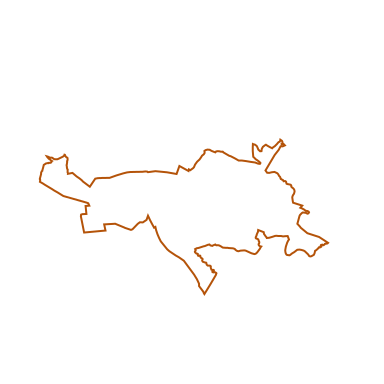 Ixtapangajoya, Chiapas, Mexico, rotated 121°
{"feature_id": "50627088B67018988182398", "entity_name": "Ixtapangajoya", "entity_type": "district", "adm_level": 2, "iso_a3": "MEX", "parent_name": "Mexico", "parent_adm1": "Chiapas", "projection": "natural_earth1", "projection_center": [-92.977, 17.461], "detail": "fine", "context": "isolated", "style": "outline", "palette": "amber", "viewbox_px": 384, "rotation_deg": 121, "n_neighbors": 0, "source": "geoboundaries", "source_scale": "gbopen_adm2", "svg_char_len": 6060}
<svg xmlns="http://www.w3.org/2000/svg" viewBox="0 0 384 384"><g transform="rotate(121 192 192)"><path d="M119.5,164.5L122.3,163.0L125.6,161.0L129.2,158.4L130.3,157.6L130.6,156.1L131.1,154.3L131.2,152.1L131.5,149.5L131.9,148.3L132.7,148.2L133.2,148.8L133.7,150.2L134.2,153.1L136.0,157.3L137.6,161.4L139.4,165.6L141.0,168.2L141.1,172.7L141.4,177.3L141.8,178.7L141.9,185.7L141.7,185.9L141.6,186.4L141.8,186.8L142.5,187.8L143.1,189.7L143.9,191.2L144.8,192.2L146.0,192.4L146.3,193.9L146.7,196.4L146.7,198.6L147.7,200.6L149.1,201.9L150.4,202.5L152.0,201.3L153.6,201.3L155.7,202.1L157.8,202.1L160.3,202.3L163.4,203.2L166.9,203.5L169.7,203.1L170.9,203.3L174.2,204.7L174.2,206.3L175.8,205.8L176.2,216.2L184.5,214.5L188.0,223.6L193.0,234.1L197.7,240.0L197.6,241.0L198.5,242.7L200.2,244.9L200.4,245.2L203.0,249.4L206.6,255.1L208.6,257.7L211.4,260.5L216.7,265.3L222.3,269.9L226.4,276.5L227.0,277.3L228.5,279.7L230.4,281.8L240.1,282.3L239.2,290.9L238.7,292.5L238.3,295.4L238.1,298.9L237.2,304.3L240.3,307.7L239.7,308.0L239.3,308.7L238.7,309.0L238.2,309.4L236.8,310.1L236.4,311.0L235.1,312.1L234.5,312.5L233.5,313.4L232.8,313.5L231.5,314.1L230.9,314.3L230.3,314.6L229.9,315.0L229.3,315.0L228.5,315.2L227.4,315.9L226.8,316.5L226.9,317.5L226.8,318.0L226.3,319.2L225.6,320.1L225.7,320.5L226.5,320.3L227.1,320.4L228.4,321.0L232.4,323.6L233.4,324.4L234.8,326.9L234.8,328.3L234.6,329.1L234.7,329.6L235.1,330.5L235.7,331.3L235.9,333.7L236.2,334.8L236.6,334.0L237.3,331.6L237.1,331.0L237.6,329.2L237.6,328.0L238.2,328.3L238.7,328.0L239.1,327.9L239.5,328.1L239.9,328.4L240.3,329.1L241.1,329.8L241.0,330.0L242.9,332.0L243.5,332.2L245.1,333.0L247.7,332.2L250.6,331.4L250.9,331.2L251.7,331.5L253.4,331.2L254.3,330.6L258.5,329.4L258.9,329.2L259.2,328.9L259.4,329.0L260.1,328.2L261.6,327.6L261.5,324.4L261.6,321.9L261.6,313.3L261.7,310.9L261.6,307.0L261.7,300.2L255.3,276.5L255.3,275.4L255.1,275.1L256.6,273.0L258.8,276.0L265.2,271.2L267.5,274.6L268.5,275.4L270.1,274.7L282.3,263.6L275.7,254.6L269.6,246.3L265.0,250.6L259.0,241.8L258.8,241.6L257.3,231.6L257.3,231.1L255.9,224.8L254.6,223.8L247.2,222.1L244.8,221.1L243.4,218.5L239.3,216.6L235.0,217.5L237.7,213.5L240.0,209.7L242.1,206.1L240.8,205.4L243.2,203.1L246.0,199.8L248.3,196.6L250.4,193.3L253.9,183.7L254.4,180.9L254.8,173.2L254.7,169.7L255.1,163.6L261.8,147.5L262.5,146.2L264.2,142.9L267.0,138.7L269.0,137.5L271.6,131.1L272.0,130.4L272.3,130.2L272.7,129.6L273.1,128.8L261.5,128.7L250.9,128.8L250.3,129.0L249.3,129.1L249.0,129.3L248.9,129.5L248.9,130.7L249.0,131.1L249.9,132.2L250.1,133.1L250.0,133.4L249.8,133.5L248.4,132.9L248.1,132.8L247.8,132.9L247.7,133.4L247.8,133.7L248.5,134.7L248.6,135.3L247.3,136.9L246.7,137.3L246.3,137.4L245.9,137.9L245.9,138.7L247.0,140.7L246.7,142.0L246.0,142.7L245.4,143.2L245.3,143.6L245.7,144.4L246.2,146.8L245.9,147.5L245.5,148.0L245.0,148.2L244.3,148.2L243.9,148.5L243.7,149.6L243.8,150.4L243.7,150.8L243.0,151.6L242.7,151.8L242.4,152.1L242.4,152.5L242.5,152.7L242.7,152.9L243.0,152.9L243.1,153.1L243.4,153.5L243.5,153.9L243.1,154.5L242.1,155.1L242.1,155.7L242.5,156.4L242.2,158.1L242.0,158.5L241.5,158.9L241.2,158.9L240.8,158.7L239.9,158.9L239.3,159.9L237.8,159.0L236.5,157.5L232.5,154.0L231.8,153.2L229.1,151.2L228.0,150.0L228.3,148.9L228.3,148.6L227.9,147.4L227.7,146.8L227.0,146.5L225.0,145.0L225.2,144.2L225.1,143.6L224.4,142.6L224.0,141.8L223.8,141.0L223.7,139.3L223.8,137.3L223.7,136.8L222.3,134.0L221.9,133.4L221.5,132.7L221.1,131.6L219.2,127.9L218.9,126.7L218.8,125.9L219.2,124.9L219.3,123.2L219.0,122.0L218.7,121.5L218.0,120.9L217.2,120.1L215.1,117.1L214.6,115.8L213.9,109.5L213.2,106.9L213.0,106.4L212.1,105.6L210.6,105.1L209.1,104.9L205.9,104.6L203.9,104.7L203.1,104.6L203.5,106.0L203.4,106.7L203.3,107.1L203.0,107.6L202.5,108.0L202.3,108.1L201.6,108.0L200.7,108.3L200.3,108.5L199.8,109.1L199.7,109.5L198.8,110.4L198.5,110.8L198.5,111.3L198.5,112.1L198.8,112.7L198.8,113.1L198.7,113.5L198.5,113.8L198.2,113.9L197.8,114.1L195.9,114.3L195.2,114.6L192.9,114.9L192.3,114.9L190.5,115.7L189.5,109.8L190.8,108.8L192.2,105.7L192.4,104.9L192.9,104.2L192.1,103.1L191.4,102.2L188.9,99.9L186.9,98.2L186.1,97.2L185.2,95.2L183.8,92.9L183.2,91.1L181.9,89.4L180.5,87.3L182.8,84.4L184.4,84.5L186.5,84.3L190.5,83.4L193.9,82.1L195.5,80.9L196.5,79.8L197.0,78.7L197.0,78.1L196.1,75.9L195.3,75.4L193.1,74.6L190.9,73.4L188.0,72.3L187.3,72.0L186.0,70.2L185.3,68.4L184.7,66.1L184.7,64.7L185.7,60.3L186.0,59.6L186.3,59.2L186.5,58.7L186.4,57.6L186.0,57.0L185.4,56.5L183.1,55.2L181.4,55.4L179.0,56.2L178.0,55.6L176.0,55.0L175.5,55.0L175.2,54.7L174.7,54.6L174.0,54.7L173.7,54.4L173.5,53.8L172.8,53.8L172.6,53.2L172.3,53.0L172.0,53.0L171.7,53.2L171.5,53.5L171.3,54.1L170.9,54.1L170.7,53.9L170.5,53.5L170.1,53.3L170.0,53.2L169.9,52.9L169.9,52.6L170.0,52.4L170.0,52.1L169.8,51.8L168.5,51.3L168.0,51.4L167.5,50.9L167.0,50.1L166.3,49.4L165.5,49.2L165.1,59.9L167.9,71.9L166.6,80.5L166.1,81.5L165.0,85.3L157.2,87.5L156.2,87.6L155.2,87.4L153.5,87.0L152.5,86.5L151.4,84.1L151.1,83.0L151.2,82.0L150.5,81.3L149.9,81.2L149.2,81.2L148.8,81.8L148.8,83.1L149.0,83.6L149.4,84.4L149.5,85.2L149.3,87.0L149.4,89.0L149.7,91.0L146.9,90.5L149.1,99.8L148.3,100.6L145.1,103.2L144.4,103.5L143.5,103.7L142.6,103.8L141.0,103.7L139.8,104.0L138.6,104.4L137.6,105.3L137.0,106.3L136.7,107.3L136.6,108.5L136.4,109.4L136.1,109.8L135.5,110.1L135.1,110.7L135.0,111.3L135.7,113.4L136.1,114.4L136.2,115.2L135.5,116.0L135.1,116.3L134.8,116.6L134.6,117.3L134.7,117.9L135.6,119.0L135.3,119.5L134.9,120.3L135.1,121.0L134.9,122.0L135.1,122.6L134.8,123.0L134.5,123.4L134.1,123.7L133.7,124.3L133.3,125.8L132.5,127.0L132.1,128.1L132.0,128.7L132.2,130.6L132.3,131.6L134.0,133.8L135.8,135.6L136.8,137.5L135.7,140.1L117.7,140.2L111.2,139.4L107.2,139.6L106.2,137.8L104.2,136.4L103.7,138.2L105.4,140.4L104.1,139.6L102.7,140.0L101.8,141.3L101.7,143.2L102.7,142.8L103.7,142.7L104.7,143.5L107.2,143.9L110.0,144.6L112.2,145.6L113.2,145.8L113.4,148.2L113.5,151.1L113.4,153.0L114.5,153.6L116.8,154.5L119.1,154.4L121.2,153.5L122.0,154.6L121.5,157.0L120.1,158.8L119.2,160.3L119.0,162.5L119.4,163.8L119.5,164.5Z" fill="none" stroke="#b45309" stroke-width="2"/></g></svg>